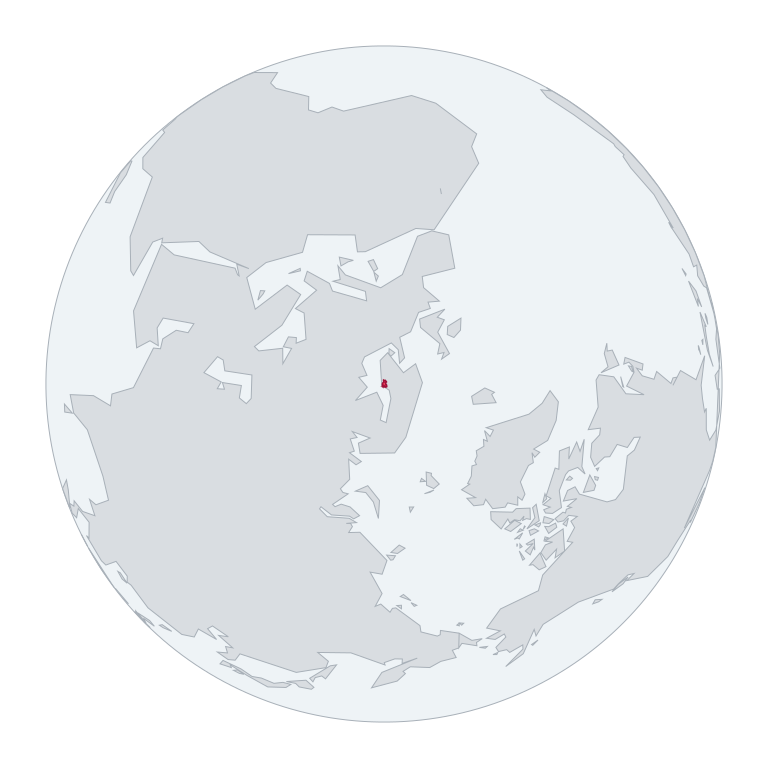 Uppsala highlighted on a globe, orthographic projection, rotated 155°
{"feature_id": "SWE-195", "entity_name": "Uppsala", "entity_type": "County", "adm_level": 1, "iso_a3": "SWE", "parent_name": "Sweden", "parent_adm1": "", "projection": "orthographic", "projection_center": [17.867, 60.017], "detail": "fine", "context": "on_globe", "style": "filled", "palette": "rose", "viewbox_px": 768, "rotation_deg": 155, "n_neighbors": 0, "source": "natural_earth", "source_scale": "10m", "svg_char_len": 12430}
<svg xmlns="http://www.w3.org/2000/svg" viewBox="0 0 768 768"><g transform="rotate(155 384 384)"><circle cx="384" cy="384" r="338" fill="#eef3f6" stroke="#a8b0b8"/><path d="M48.2,346.5L48.1,347.2L51.5,329.0L53.0,320.4L52.7,318.6L60.4,287.4L66.9,269.7L110.1,186.3L118.7,175.1L125.4,168.1L172.7,126.5L136.9,154.5L149.1,142.3L165.0,129.0L163.5,131.1L184.3,117.9L199.7,107.7L226.3,98.2L247.0,103.2L237.5,106.6L243.6,107.9L255.9,103.9L262.5,101.1L300.1,104.2L341.4,98.9L352.7,91.4L351.6,98.1L371.8,80.7L393.1,76.5L370.1,85.0L368.5,88.9L383.5,87.6L385.1,91.4L393.3,93.1L393.9,98.0L380.5,103.2L380.6,106.6L391.2,105.5L398.5,110.2L382.9,111.1L394.1,119.4L373.5,130.9L331.4,131.4L320.9,143.8L279.9,160.8L284.5,164.0L271.9,173.3L272.6,180.7L264.8,182.3L272.1,186.9L279.1,184.1L284.7,185.4L285.8,189.7L276.0,192.2L274.0,190.4L271.7,193.4L266.4,193.0L269.6,195.6L257.6,198.6L270.9,202.1L262.6,209.9L254.3,210.1L253.4,201.6L231.7,182.9L223.0,181.4L211.6,187.4L193.9,216.0L185.0,218.3L174.2,227.6L179.9,229.9L190.3,223.6L198.2,230.7L210.1,222.7L215.0,224.6L227.9,220.3L227.7,230.3L220.7,242.5L210.0,246.8L206.5,252.5L218.2,256.3L199.7,272.5L190.1,298.0L185.1,301.5L172.7,293.4L168.9,272.9L152.8,264.4L165.0,279.6L152.4,289.0L151.0,294.9L152.8,300.3L158.3,300.7L154.3,306.2L140.8,292.7L144.1,287.4L148.4,291.6L146.5,282.3L137.3,274.2L131.6,280.1L123.7,263.2L119.5,267.4L115.5,266.4L122.7,260.7L109.6,270.9L99.4,256.0L81.4,274.1L97.1,248.8L101.5,236.3L105.3,223.2L102.2,225.8L111.3,206.2L112.6,195.5L102.7,202.0L91.3,217.8L82.2,237.9L84.2,238.4L80.3,251.9L72.9,256.4L64.3,284.3L59.3,293.4L55.4,307.0L53.6,318.4L51.0,334.9L52.8,337.6L54.0,349.5L50.3,359.6L53.9,359.4L52.6,372.8L57.3,403.8L56.0,403.6L59.3,441.7L69.0,475.4L71.2,489.2L69.5,490.3L74.1,501.5L74.3,504.6L98.3,548.0L115.0,575.0L117.5,584.4L109.4,579.4L111.5,583.9L97.4,563.1L84.9,541.3L74.0,518.6L64.9,495.2L57.5,471.2L51.9,446.7L48.2,421.8L46.3,396.7L46.3,371.6L48.2,346.5ZM76.6,278.0L67.2,315.7L67.7,299.7L68.5,301.4L71.9,290.6L76.5,273.7L78.3,260.7L76.6,278.0ZM83.3,282.5L84.5,276.7L84.0,281.7L83.3,282.5ZM265.2,99.3L256.0,103.5L244.3,106.0L251.7,101.9L265.2,99.3ZM287.7,96.5L283.8,99.2L277.4,96.7L281.6,95.9L287.7,96.5ZM360.4,85.5L352.6,86.9L359.6,84.3L360.4,85.5ZM394.3,92.6L396.1,91.1L399.6,92.7L394.3,92.6ZM227.1,215.2L227.4,217.7L224.8,217.2L227.1,215.2ZM232.3,211.1L229.1,208.7L231.1,206.5L233.0,208.0L232.3,211.1ZM403.8,101.7L408.9,105.0L401.3,102.5L403.8,101.7ZM235.9,214.6L235.0,202.7L238.6,198.9L249.1,201.5L235.9,214.6ZM410.4,107.5L423.0,116.0L427.8,113.2L421.2,126.4L412.7,114.5L402.6,111.7L409.4,110.7L410.4,107.5ZM280.9,181.5L273.5,184.6L278.7,178.1L280.9,181.5ZM282.9,177.0L290.9,156.3L302.4,154.2L297.4,161.4L311.5,155.8L313.1,164.9L305.7,170.0L298.0,169.5L304.5,173.4L282.9,177.0ZM415.5,132.6L416.6,135.6L412.9,133.5L415.5,132.6ZM287.3,185.4L287.9,181.2L297.9,179.0L298.5,187.0L295.1,185.1L287.3,185.4ZM314.4,150.0L321.9,150.0L325.3,157.3L328.7,158.3L314.1,164.9L314.4,150.0ZM293.4,187.8L298.6,191.1L294.8,196.1L287.4,189.3L293.4,187.8ZM300.2,175.2L305.0,174.6L302.6,177.4L300.2,175.2ZM284.5,216.5L285.0,211.2L290.2,209.5L284.5,216.5ZM300.8,192.0L302.0,190.3L304.2,189.1L306.7,192.4L300.8,192.0ZM317.5,169.7L317.4,172.9L323.7,167.4L326.5,172.9L316.2,176.4L321.8,177.2L322.7,178.9L313.4,179.9L317.5,169.7ZM315.7,192.3L303.7,199.1L301.6,209.1L296.9,210.7L301.1,194.5L315.7,192.3ZM315.2,184.9L314.5,189.8L308.9,189.2L306.0,185.5L315.2,184.9ZM332.0,175.5L330.4,166.1L332.7,165.7L332.0,175.5ZM316.2,195.2L319.1,193.5L316.7,196.0L316.2,195.2ZM328.4,181.6L327.5,178.2L330.1,177.9L328.4,181.6ZM325.6,193.1L321.7,195.2L319.6,192.7L325.6,193.1ZM327.8,187.9L331.6,188.2L321.2,190.5L326.9,186.4L327.8,187.9ZM331.0,181.8L332.3,180.4L331.0,183.2L331.0,181.8ZM335.8,201.7L323.2,205.2L318.6,199.5L331.5,196.8L335.8,201.7ZM380.0,721.9L370.1,721.2L348.9,711.2L359.6,704.7L357.0,697.6L330.7,676.3L336.6,664.3L329.2,657.7L314.1,657.0L305.3,648.4L296.1,646.4L237.1,633.8L218.4,616.6L194.3,571.5L204.3,562.1L204.9,544.0L273.4,502.6L289.4,511.5L345.0,511.8L352.2,515.0L347.2,531.3L390.2,551.6L402.2,537.8L439.6,543.9L463.4,538.5L469.1,506.2L430.0,514.6L421.7,500.3L451.7,480.4L485.6,472.7L483.5,466.9L460.7,459.2L467.1,445.1L452.7,455.3L459.5,460.3L450.7,467.1L443.8,463.1L446.4,458.1L435.8,457.4L426.4,482.1L432.4,489.8L405.4,497.5L412.8,511.2L405.9,518.6L390.9,498.2L391.4,490.0L364.6,466.7L361.7,475.8L386.8,498.7L379.5,497.2L375.8,510.6L372.9,499.2L346.3,472.6L321.1,475.4L291.2,503.7L276.0,502.6L262.3,491.8L270.9,459.0L303.9,465.3L307.4,454.6L298.8,435.7L309.5,439.6L310.1,432.9L322.4,434.3L337.8,420.1L350.0,419.7L354.3,399.0L361.1,396.2L356.6,409.1L360.0,418.1L390.2,416.8L395.4,412.1L395.8,399.0L404.0,400.7L400.5,388.2L416.9,381.1L394.0,379.6L393.8,365.0L402.6,352.9L398.4,348.1L383.9,367.9L381.9,376.2L386.7,383.6L377.5,407.0L367.5,410.8L361.6,386.0L346.8,389.0L348.6,369.0L386.7,326.5L403.5,317.0L435.0,331.2L432.2,341.2L419.4,340.9L432.8,354.3L431.0,346.9L437.8,348.5L439.3,335.7L444.3,336.3L437.3,323.3L443.5,322.6L447.8,330.8L455.4,312.1L467.8,307.5L467.1,303.1L462.9,299.6L481.5,296.6L480.2,293.5L473.6,293.2L466.7,286.9L461.8,275.0L468.5,274.6L471.1,278.8L486.9,287.5L493.0,299.4L495.2,298.1L491.5,287.7L472.3,277.0L467.5,270.0L477.1,273.6L473.2,271.7L472.9,268.1L478.8,264.3L468.5,259.8L455.9,222.8L466.1,212.4L476.1,219.4L474.3,194.9L486.0,186.2L479.9,185.9L475.0,174.6L471.2,177.1L467.9,176.1L453.5,149.8L455.3,143.7L442.2,133.0L439.0,133.0L437.0,136.8L421.2,126.4L427.8,113.2L434.6,113.8L434.2,105.6L449.7,108.6L462.4,107.7L479.7,116.6L488.2,115.5L487.0,112.5L497.6,109.2L523.7,113.9L507.8,123.5L469.7,121.5L485.7,123.1L483.6,127.0L490.3,130.3L501.5,131.4L501.8,128.9L527.6,154.3L557.5,168.7L551.6,156.2L556.5,151.5L585.4,159.7L628.6,200.3L635.6,196.6L641.8,200.2L648.3,211.5L639.5,206.4L638.5,213.0L632.6,208.8L640.1,226.0L631.9,220.7L641.7,237.2L647.3,236.8L643.7,223.2L655.8,240.4L662.9,234.9L673.1,242.5L692.5,280.9L698.2,308.5L700.5,313.0L697.9,318.4L701.8,336.5L712.6,337.5L714.8,343.2L717.7,372.4L716.5,369.0L709.7,383.3L713.7,400.3L719.1,392.7L721.2,398.8L719.4,408.8L716.7,404.4L714.2,409.1L711.0,395.9L701.7,386.8L699.6,403.9L696.1,396.3L682.8,395.1L677.7,419.2L672.2,467.9L677.5,488.9L672.9,507.0L652.2,496.2L641.1,479.8L634.8,489.9L612.6,486.6L577.7,514.0L571.7,510.4L565.4,518.4L549.6,520.5L539.9,513.3L530.8,519.0L556.3,537.1L565.9,530.7L572.4,514.1L577.8,522.1L592.9,521.3L580.1,556.1L526.6,604.6L519.6,589.7L470.0,551.9L470.5,545.1L470.3,544.4L469.6,543.2L466.8,554.8L457.7,545.7L486.0,577.3L491.5,591.4L525.8,605.9L523.0,609.7L533.6,610.4L565.2,588.2L565.7,593.6L551.9,624.7L506.5,669.5L511.6,681.0L506.8,691.2L476.5,704.7L477.2,707.7L461.3,712.3L459.0,713.5L454.3,714.5L429.7,718.8L404.9,721.3L380.0,721.9ZM251.7,531.9L250.3,537.5L251.7,531.9ZM523.3,479.1L542.4,470.4L530.7,454.7L537.1,450.2L530.8,446.7L529.8,453.6L513.9,442.9L521.0,432.5L517.1,424.4L510.5,427.0L499.9,448.0L522.7,463.2L519.6,473.7L523.3,479.1ZM57.5,404.6L57.7,410.3L56.5,405.4L57.5,404.6ZM65.3,301.1L64.5,307.6L63.2,312.4L63.3,308.0L65.3,301.1ZM64.8,354.7L65.1,362.8L63.7,356.0L64.8,354.7ZM66.3,321.4L64.5,348.6L61.9,336.5L63.5,319.6L63.9,329.0L66.3,321.4ZM78.5,284.7L77.5,289.3L76.1,289.7L78.5,284.7ZM82.9,286.2L82.9,284.8L84.5,281.5L82.9,286.2ZM153.2,289.8L154.1,291.0L154.8,297.1L152.2,295.3L153.2,289.8ZM171.5,318.5L164.8,326.8L167.8,319.5L162.8,318.3L163.0,301.9L182.6,302.5L173.7,304.9L171.5,318.5ZM168.7,280.8L166.4,290.7L168.1,279.9L168.7,280.8ZM301.0,396.6L305.8,402.1L301.9,409.3L286.4,411.2L291.9,400.5L301.0,396.6ZM313.4,408.3L311.8,383.9L321.3,382.2L316.3,387.2L322.7,388.5L316.3,397.0L327.0,419.8L324.3,427.8L297.2,426.1L307.5,422.0L302.2,416.7L313.4,408.3ZM290.8,329.1L290.3,319.7L311.7,327.9L309.8,335.8L294.3,337.8L287.4,329.8L290.8,329.1ZM254.6,222.0L253.0,218.8L255.7,218.0L259.3,220.0L254.6,222.0ZM284.3,214.1L264.4,235.5L261.6,232.8L253.3,249.2L242.6,248.6L248.3,237.9L233.9,250.0L234.8,240.1L225.9,249.3L239.6,225.5L239.8,217.4L243.7,226.5L253.5,227.2L257.8,225.1L270.2,213.3L275.4,197.0L286.0,195.5L292.1,198.8L292.4,202.5L285.4,202.2L290.9,207.4L281.1,209.8L284.3,214.1ZM357.2,245.4L349.0,242.3L358.4,255.4L348.6,257.0L350.3,258.4L343.8,263.6L338.9,272.6L334.2,271.9L334.3,275.7L330.1,279.4L328.6,284.5L319.8,285.3L317.3,291.7L314.5,288.4L312.6,299.3L310.0,291.6L304.3,296.0L309.8,301.2L265.4,295.4L248.8,299.7L236.3,307.8L233.5,294.2L243.4,278.2L259.5,263.7L275.9,261.8L271.7,256.3L278.3,253.9L278.9,259.2L281.9,249.6L287.5,249.1L301.8,237.6L302.8,224.6L308.0,220.3L310.5,225.2L314.0,217.6L322.2,224.0L326.2,221.2L338.2,225.1L340.6,236.6L344.8,232.6L354.1,235.7L357.2,245.4ZM339.1,203.1L344.2,215.9L341.3,223.2L321.6,213.5L316.9,215.2L304.1,209.8L308.6,199.4L311.8,201.8L316.0,201.8L312.9,205.1L318.5,202.5L323.1,205.9L328.7,204.9L328.8,209.3L339.1,203.1ZM359.5,509.0L364.8,509.9L373.1,509.2L370.9,517.9L359.5,509.0ZM341.0,491.2L345.7,490.4L346.6,501.9L341.0,501.2L341.0,491.2ZM347.6,480.5L345.9,489.5L343.5,484.2L347.6,480.5ZM361.0,407.8L366.0,406.3L366.8,409.3L364.4,413.9L361.0,407.8ZM383.0,286.4L378.7,283.0L380.0,281.1L376.2,270.0L383.1,268.2L388.2,274.2L383.0,286.4ZM462.9,513.3L456.5,520.9L452.7,518.8L455.7,516.6L462.9,513.3ZM411.9,521.9L423.9,524.4L411.1,524.2L411.9,521.9ZM389.9,282.6L387.5,278.2L392.5,280.1L389.9,282.6ZM388.0,266.4L393.7,267.5L383.5,266.8L388.0,266.4ZM559.7,666.3L533.6,686.8L519.1,693.4L518.3,692.5L529.2,682.5L546.7,672.3L555.8,663.8L559.7,666.3ZM719.7,423.0L719.4,425.2L712.3,431.3L715.0,421.1L721.1,404.3L720.9,408.7L721.2,405.5L719.7,423.0ZM721.8,375.7L721.5,368.9L721.2,362.1L721.8,375.7ZM721.1,360.3L715.1,316.9L714.4,313.2L718.6,336.6L721.1,360.3ZM678.8,489.3L685.2,493.5L682.1,500.9L678.8,489.3ZM709.2,294.1L713.9,312.6L708.5,292.8L709.2,294.1ZM703.8,279.2L705.3,282.0L704.9,283.3L703.8,279.2ZM703.8,318.0L704.4,326.6L702.8,324.3L701.0,312.0L703.8,318.0ZM680.9,249.5L687.2,256.5L689.5,260.3L686.7,259.6L680.9,249.5ZM445.9,264.5L443.5,281.5L446.4,293.3L455.2,299.0L441.7,298.7L437.3,280.4L445.9,264.5ZM453.9,227.8L446.2,223.5L450.1,220.9L452.4,221.5L453.9,227.8ZM448.9,228.4L438.3,231.6L434.3,226.3L443.4,224.7L448.9,228.4ZM414.3,256.7L413.1,261.8L409.1,260.0L414.3,256.7ZM703.4,273.9L706.4,283.2L702.3,271.0L703.4,273.9ZM706.3,283.1L704.8,279.8L703.4,274.7L706.3,283.1ZM702.2,270.4L698.8,262.1L699.6,263.3L702.2,270.4ZM701.0,273.3L700.7,267.6L704.0,280.8L696.4,268.7L694.5,261.5L701.0,273.3ZM641.4,188.1L637.6,186.7L633.7,180.1L637.4,182.9L641.4,188.1ZM617.4,158.6L631.4,177.9L642.0,194.4L642.2,191.5L650.9,199.7L646.7,201.5L634.0,186.2L627.2,174.7L619.4,169.3L610.2,159.2L601.7,156.3L595.4,151.1L601.1,150.4L617.4,158.6ZM598.2,155.6L579.9,148.5L575.7,138.7L578.8,138.0L588.9,145.3L590.6,150.0L598.2,155.6ZM574.3,144.1L575.7,148.7L551.8,151.3L545.7,149.5L561.6,141.5L563.8,145.7L570.4,147.0L574.3,144.1ZM419.9,134.7L416.9,135.5L418.0,133.0L419.9,134.7ZM466.0,177.8L461.7,176.1L463.2,172.9L466.0,177.8ZM450.6,169.7L451.9,174.4L447.8,169.6L450.6,169.7ZM455.3,185.0L451.1,176.3L459.1,184.5L455.3,185.0Z" fill="#d9dde1" stroke="#a8b0b8" stroke-width="1"/><path d="M382.6,380.4L383.1,380.3L383.3,380.4L383.4,380.5L383.2,380.7L383.3,380.9L383.3,381.1L383.6,381.2L383.6,380.9L383.9,380.6L384.1,380.6L384.3,380.6L384.4,380.8L384.3,381.0L384.6,381.3L384.7,381.5L384.8,381.7L385.2,381.8L385.0,382.0L385.3,382.0L385.6,382.0L385.7,382.3L385.8,382.3L385.7,382.4L386.0,382.6L385.6,382.6L385.3,382.2L385.4,382.4L385.5,382.6L385.7,382.8L385.5,382.7L385.6,382.9L385.6,383.0L385.8,383.1L386.0,383.2L386.0,383.3L385.9,383.6L385.8,383.8L385.7,383.8L385.8,383.9L385.8,384.0L385.7,384.1L385.6,384.3L385.6,384.6L385.5,384.8L385.4,384.9L385.2,385.0L384.9,385.1L384.8,385.4L384.7,385.5L384.4,385.6L384.0,385.8L383.8,385.9L383.7,385.9L383.4,385.8L383.3,386.0L383.2,386.0L383.1,386.3L383.1,386.5L383.0,386.9L383.0,387.0L383.0,387.3L382.8,387.4L382.8,387.5L382.7,387.7L382.5,387.4L382.3,387.3L382.2,387.2L382.0,386.9L381.9,386.9L381.6,386.9L381.3,386.8L381.3,386.7L381.2,386.2L380.8,385.3L380.8,385.2L381.0,385.1L381.0,384.8L381.3,384.8L381.5,384.9L381.5,385.0L381.8,384.9L382.0,384.8L382.0,384.7L382.1,384.3L382.0,384.2L381.9,384.2L382.0,384.0L382.1,383.8L382.3,383.7L382.6,382.9L382.6,382.7L382.1,382.3L382.1,381.8L382.1,381.7L382.3,381.5L382.4,381.2L382.6,380.4ZM386.0,382.2L386.0,382.3L385.9,382.2L385.7,382.0L385.6,381.9L385.5,381.6L385.5,381.3L385.5,381.1L385.6,381.3L385.7,381.5L385.8,381.6L385.7,381.5L385.8,381.8L385.8,382.0L385.9,381.9L385.9,382.0L386.0,382.1L386.0,382.2Z" fill="#f43f5e" stroke="#9f1239" stroke-width="1.5"/></g></svg>